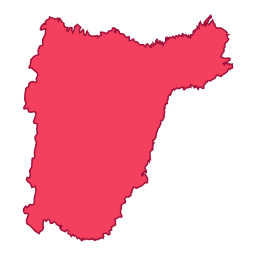 Montenegro, Quindío, Colombia (Equal Earth projection)
{"feature_id": "7082276B37489805673697", "entity_name": "Montenegro", "entity_type": "district", "adm_level": 2, "iso_a3": "COL", "parent_name": "Colombia", "parent_adm1": "Quindío", "projection": "equal_earth", "projection_center": [-75.789, 4.516], "detail": "fine", "context": "isolated", "style": "filled", "palette": "rose", "viewbox_px": 256, "rotation_deg": 0, "n_neighbors": 0, "source": "geoboundaries", "source_scale": "gbopen_adm2", "svg_char_len": 5646}
<svg xmlns="http://www.w3.org/2000/svg" viewBox="0 0 256 256"><path d="M210.7,15.4L204.2,22.4L203.9,24.9L201.5,24.8L200.3,21.9L199.0,24.1L199.0,28.1L197.3,26.5L197.2,29.1L195.6,29.3L194.7,31.6L194.1,30.5L193.6,30.6L193.1,32.3L193.2,34.4L192.2,35.0L190.9,34.6L190.6,35.5L191.0,37.0L190.6,37.7L188.9,35.7L188.8,37.5L188.2,37.5L187.6,37.0L187.9,35.8L186.6,36.0L185.8,34.5L183.3,36.0L183.1,34.0L182.5,33.7L182.1,34.2L182.0,36.2L181.1,36.3L178.8,34.9L178.0,36.8L176.0,35.7L175.4,36.4L174.8,38.4L173.0,36.3L171.7,37.8L169.8,37.3L168.8,39.0L167.2,39.7L167.9,37.6L166.9,37.2L165.7,38.0L165.8,41.7L164.3,42.7L163.0,45.2L162.4,42.1L162.0,42.2L161.7,43.8L160.1,44.0L159.9,43.1L160.6,41.9L160.2,41.1L159.1,41.1L158.1,43.3L157.4,43.1L157.1,41.6L157.5,39.8L157.0,39.3L156.0,40.6L155.3,44.3L154.4,44.5L153.3,43.3L153.7,45.1L153.4,45.6L152.5,44.4L151.3,44.3L150.9,45.3L151.6,46.9L150.6,47.6L147.6,43.9L146.3,44.4L145.8,47.0L143.2,44.6L139.9,45.0L137.5,42.2L134.3,41.3L133.6,39.0L130.9,40.5L129.2,40.4L128.7,39.8L129.5,38.5L129.2,36.8L125.8,37.3L124.4,35.0L122.8,33.9L119.6,33.5L119.1,31.4L117.9,29.8L116.7,30.1L115.6,32.6L114.9,32.6L114.5,30.9L115.9,29.1L113.5,27.7L112.5,28.3L111.7,30.6L109.1,31.0L106.3,33.6L103.9,32.5L100.8,32.1L100.4,33.0L101.6,34.9L99.6,35.7L98.1,37.3L97.1,35.5L95.6,36.3L94.0,35.9L92.5,36.4L89.4,35.2L87.1,31.1L85.9,34.5L84.7,35.3L84.1,34.5L83.8,31.2L83.2,29.6L82.3,30.1L81.0,32.1L79.7,32.7L79.5,29.6L80.8,27.5L77.4,24.4L74.7,26.8L74.5,28.9L72.9,32.8L71.7,29.8L72.3,28.2L71.5,27.6L70.0,27.6L68.2,31.2L67.3,31.3L66.8,30.4L68.0,27.6L66.0,27.5L64.7,26.5L63.7,24.9L64.0,23.7L61.9,21.8L59.7,18.3L59.2,18.4L59.1,20.5L58.5,21.0L57.6,18.2L55.7,19.2L49.6,17.0L49.0,19.1L46.2,20.5L45.3,21.8L45.9,24.0L45.0,24.6L44.0,23.5L41.6,25.7L40.3,29.1L41.0,30.1L45.7,28.7L45.3,34.2L42.8,39.2L42.5,41.9L43.0,44.6L41.8,45.9L40.3,45.7L39.6,46.4L38.0,50.6L38.5,54.6L34.1,56.3L31.0,59.6L30.3,64.9L29.1,66.9L29.3,68.0L31.0,67.5L37.5,73.1L37.7,75.7L36.2,78.8L36.7,81.5L35.8,82.5L32.8,81.5L29.7,82.6L29.0,83.4L28.5,86.9L26.5,87.8L25.9,88.7L25.1,93.5L24.7,99.0L26.1,104.1L23.7,107.6L24.2,108.9L27.9,108.3L28.5,111.2L29.0,111.9L30.6,112.2L34.4,111.6L35.7,112.9L36.0,114.4L33.5,121.9L34.2,123.2L37.1,123.8L37.4,124.4L36.8,129.5L37.4,133.8L35.5,136.0L35.0,137.5L35.4,140.0L36.5,142.3L34.4,152.2L34.7,157.4L33.6,158.5L32.4,158.2L32.1,159.1L31.8,166.6L29.7,170.7L30.2,174.5L29.9,177.3L29.0,177.8L27.1,177.5L26.5,179.4L27.4,181.3L30.2,183.3L31.9,187.5L35.1,186.3L35.9,189.1L35.8,192.0L34.3,198.5L34.4,201.6L33.9,204.0L32.3,204.9L29.4,204.5L27.7,207.6L25.6,206.1L23.8,208.7L23.5,210.8L24.1,212.6L25.1,213.6L27.6,213.5L28.6,214.4L26.6,219.5L26.5,222.2L27.1,223.8L30.4,225.8L35.1,231.0L39.0,233.6L40.3,231.2L41.9,230.7L43.4,228.1L42.9,223.7L43.7,220.3L44.9,220.0L46.3,221.3L47.3,219.9L49.1,219.4L49.6,220.0L50.5,223.3L52.4,223.2L53.9,221.6L56.0,222.8L56.2,224.0L58.8,225.6L59.6,226.7L60.7,225.5L61.4,225.5L61.5,226.7L60.1,228.5L61.8,230.3L65.7,231.7L66.3,230.1L67.7,230.3L68.3,231.1L68.1,233.6L70.3,234.6L71.3,236.4L72.9,234.7L74.2,236.0L75.8,236.0L77.5,238.6L79.1,237.9L81.7,240.6L82.5,240.2L82.4,238.6L82.7,238.3L84.3,239.7L86.4,238.8L88.8,239.5L92.3,239.1L92.4,238.2L92.8,238.1L93.3,239.4L94.9,240.4L95.7,239.1L97.2,239.8L98.5,238.9L99.8,238.8L101.3,237.3L102.9,238.4L103.8,236.4L102.9,234.9L103.4,233.8L106.5,233.2L108.0,234.8L109.9,234.1L109.3,231.0L111.6,230.0L111.5,227.1L115.6,224.7L115.3,223.1L115.5,221.0L114.5,219.8L114.8,218.9L116.6,218.7L119.2,216.6L121.3,217.2L121.9,216.6L121.9,215.7L120.8,214.2L120.4,211.1L121.4,208.2L121.2,205.4L123.5,203.1L125.3,202.7L125.4,201.0L124.6,199.7L125.1,198.2L126.5,196.8L128.8,197.1L129.5,195.9L130.4,196.0L131.0,194.9L131.2,192.5L132.1,191.9L131.8,190.4L132.6,189.5L133.1,187.6L134.1,187.2L136.4,188.3L141.2,186.0L145.4,182.6L147.4,182.7L147.6,178.7L145.3,174.4L143.8,174.0L142.1,175.8L141.7,175.2L141.7,174.0L143.7,172.6L144.4,171.3L146.0,172.7L146.3,172.4L146.1,170.5L144.8,167.8L145.9,165.8L147.3,164.6L148.0,160.9L148.9,160.4L149.4,161.4L149.6,159.8L150.4,159.7L149.9,152.7L150.6,151.2L152.9,149.4L152.1,148.4L152.9,147.5L152.4,145.7L153.3,144.8L152.6,143.4L153.9,142.9L153.1,142.5L152.8,140.3L153.8,140.3L155.7,137.6L156.5,133.0L158.1,128.5L159.7,126.4L159.9,124.8L160.8,124.1L160.6,121.4L161.2,120.5L162.4,120.7L163.8,117.9L164.6,111.7L164.1,109.0L165.1,108.4L164.6,106.9L165.3,105.4L165.2,104.3L167.4,103.5L166.9,101.5L168.2,99.0L167.9,97.8L168.3,96.5L169.3,94.8L170.3,95.1L170.9,93.9L170.5,93.4L171.3,92.9L172.5,89.6L173.5,89.3L174.1,89.9L174.2,89.3L175.0,89.4L177.2,88.0L178.9,88.7L182.4,87.0L183.0,87.8L183.8,87.6L183.5,89.5L184.3,89.7L187.1,87.3L188.5,87.8L189.5,86.6L190.8,87.2L190.3,85.4L190.9,84.6L192.0,85.7L193.4,85.8L194.3,87.8L195.0,87.4L195.3,86.0L196.1,86.0L196.3,87.1L197.2,87.2L197.5,88.6L198.1,89.3L198.9,87.2L201.0,87.0L202.4,88.4L203.5,88.3L203.9,87.9L203.5,86.5L204.2,84.7L205.3,83.9L206.0,82.1L206.8,82.3L207.6,80.8L211.1,80.7L212.3,79.3L214.6,78.6L217.0,74.7L217.9,75.5L221.3,76.5L221.9,75.4L226.4,72.4L228.0,70.4L228.8,68.5L230.2,69.3L231.3,67.9L232.5,67.9L232.2,64.1L231.3,64.5L230.4,64.0L229.6,64.7L228.9,63.9L228.0,64.1L227.8,63.4L226.6,63.2L225.0,63.6L224.4,64.9L223.1,63.4L224.3,62.6L227.4,62.4L228.5,60.7L229.5,60.5L230.2,59.1L229.6,59.1L229.1,58.0L224.6,58.5L221.0,56.8L221.8,54.2L223.9,51.6L224.1,49.9L223.7,48.2L224.8,47.3L225.1,43.2L227.3,41.5L228.7,39.0L227.5,38.1L227.1,36.6L227.6,35.2L228.3,34.7L226.9,34.7L226.3,34.0L227.1,32.8L225.9,31.3L221.1,28.1L216.3,27.9L214.7,25.0L214.9,24.2L214.1,23.9L212.6,20.0L209.4,24.3L208.5,24.6L207.7,23.2L207.0,23.1L204.9,26.5L205.2,23.6L208.0,21.7L209.3,18.8L211.1,17.7L211.3,16.7L210.7,15.4Z" fill="#f43f5e" stroke="#9f1239" stroke-width="1.5"/></svg>